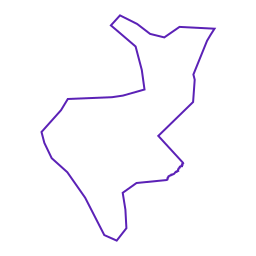 outline of To'vshru'ulex, Arhangay, Mongolia
{"feature_id": "93677404B19526737982487", "entity_name": "To'vshru'ulex", "entity_type": "district", "adm_level": 2, "iso_a3": "MNG", "parent_name": "Mongolia", "parent_adm1": "Arhangay", "projection": "robinson", "projection_center": [102.181, 47.421], "detail": "fine", "context": "isolated", "style": "outline", "palette": "violet", "viewbox_px": 256, "rotation_deg": 0, "n_neighbors": 0, "source": "geoboundaries", "source_scale": "gbopen_adm2", "svg_char_len": 1563}
<svg xmlns="http://www.w3.org/2000/svg" viewBox="0 0 256 256"><path d="M110.9,25.4L119.5,32.7L135.6,46.5L141.8,70.0L144.5,89.5L122.9,95.6L112.0,97.2L67.8,99.0L61.0,110.2L41.5,132.0L44.3,142.7L44.4,143.0L51.7,158.2L67.3,172.2L85.2,197.8L104.3,235.1L116.7,240.6L126.4,228.2L125.4,209.6L122.7,192.8L136.5,183.0L166.0,180.1L166.9,179.9L167.5,179.5L167.4,178.8L167.6,178.4L167.5,178.1L167.7,177.7L167.9,177.6L168.2,177.6L168.3,177.4L168.4,176.9L168.3,176.7L168.4,176.4L168.5,176.3L168.9,176.2L169.3,175.9L169.7,175.6L170.3,175.6L170.6,175.4L170.8,175.2L171.1,175.2L171.3,174.8L171.3,174.6L171.6,174.5L172.1,174.5L172.4,174.4L172.6,174.6L173.1,174.3L173.4,174.1L173.8,174.0L174.2,173.7L174.6,173.3L174.7,173.0L174.9,172.8L175.0,172.6L175.3,172.3L175.6,172.2L175.8,171.8L176.1,171.8L176.3,172.0L176.6,171.9L176.6,171.5L176.7,171.3L176.9,171.2L177.2,171.2L177.5,171.2L177.7,170.9L177.8,170.9L178.1,170.9L178.0,170.4L178.0,170.0L178.0,169.8L178.2,169.6L178.4,169.6L178.5,169.4L178.4,169.1L178.4,168.7L178.7,168.3L179.1,168.0L179.6,167.7L179.8,167.6L179.8,167.2L179.7,166.9L179.8,166.7L180.1,166.5L180.4,166.4L181.0,166.4L181.3,166.0L181.4,165.8L181.6,165.9L182.0,166.0L182.0,165.8L181.9,165.5L182.1,165.3L182.4,165.2L182.4,164.8L182.5,164.6L182.2,164.4L182.1,164.2L182.2,163.9L182.4,163.7L182.6,163.7L182.7,163.4L182.8,163.2L183.1,163.1L183.0,162.8L175.0,154.1L158.3,135.9L193.1,102.0L194.7,79.7L193.4,74.5L207.0,40.9L207.1,40.7L210.6,34.8L214.5,28.7L179.5,26.9L164.3,37.4L150.1,33.9L137.2,24.0L120.0,15.4L110.9,25.4Z" fill="none" stroke="#5b21b6" stroke-width="2"/></svg>